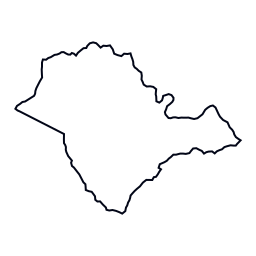 outline of Maurilândia, Goiás, Brazil
{"feature_id": "56859067B99555965012895", "entity_name": "Maurilândia", "entity_type": "district", "adm_level": 2, "iso_a3": "BRA", "parent_name": "Brazil", "parent_adm1": "Goiás", "projection": "albers", "projection_center": [-50.339, -18.044], "detail": "fine", "context": "isolated", "style": "outline", "palette": "ink", "viewbox_px": 256, "rotation_deg": 0, "n_neighbors": 0, "source": "geoboundaries", "source_scale": "gbopen_adm2", "svg_char_len": 2471}
<svg xmlns="http://www.w3.org/2000/svg" viewBox="0 0 256 256"><path d="M240.6,140.3L238.4,138.9L235.9,137.1L234.3,134.5L233.6,132.0L232.2,129.8L229.7,127.3L227.5,122.3L223.1,120.0L220.0,116.7L218.6,114.2L215.5,107.5L212.9,105.5L210.3,106.1L207.6,107.8L205.2,109.8L203.7,112.3L202.5,114.3L200.3,116.0L197.5,118.2L194.1,119.0L191.0,118.3L188.5,117.6L185.1,117.7L181.3,117.6L178.4,118.0L175.5,117.3L173.1,117.4L170.7,118.2L168.5,118.0L166.9,116.1L165.5,114.5L164.9,112.1L166.1,109.4L167.1,106.2L170.0,104.0L172.3,101.9L173.4,100.0L173.5,97.8L171.5,95.1L168.7,94.1L165.7,95.1L163.2,95.9L162.7,98.2L162.0,100.4L159.3,102.6L156.4,101.3L156.3,98.5L156.2,96.4L155.7,94.3L155.9,91.9L156.2,89.2L153.3,86.9L150.2,86.3L146.7,86.5L143.7,84.6L142.7,82.0L141.5,79.5L141.8,75.8L141.3,72.5L138.7,70.8L136.7,68.8L134.7,67.4L133.4,65.0L133.2,61.8L132.4,59.1L131.4,56.5L130.5,53.4L127.5,54.0L124.1,53.7L121.4,56.1L117.6,55.1L114.2,53.7L113.5,51.6L112.8,49.4L110.0,45.4L106.6,46.0L103.3,45.7L100.6,47.6L97.7,44.6L96.2,43.2L93.1,42.4L89.8,43.3L87.3,45.9L86.3,48.0L83.5,48.2L81.0,50.2L77.9,52.8L76.0,55.6L73.9,53.7L71.8,53.0L70.3,54.6L68.1,54.5L65.7,53.3L63.7,52.1L61.4,52.2L59.6,53.5L57.1,54.5L54.5,54.9L50.7,57.2L48.3,58.0L46.1,59.7L42.9,59.5L42.0,62.5L42.0,66.8L41.7,69.3L41.9,74.3L42.1,77.5L39.9,81.2L38.3,84.3L36.3,88.3L35.4,91.0L35.1,93.7L34.1,95.8L25.1,101.5L22.4,102.0L20.2,103.8L17.0,105.9L15.4,108.8L17.6,110.5L19.7,111.4L64.0,134.0L63.9,139.3L64.0,143.2L65.2,145.0L65.9,147.0L65.8,149.8L66.3,151.9L68.2,156.1L69.7,157.9L71.9,160.6L71.1,162.8L72.0,166.0L73.9,167.5L77.7,172.4L79.3,174.4L83.4,182.3L85.4,184.2L85.6,186.5L85.8,190.0L88.8,191.2L91.7,191.8L93.2,193.8L95.0,196.3L95.3,199.8L97.4,201.5L100.1,201.4L102.8,204.5L105.9,207.5L106.5,209.8L109.3,210.5L112.5,210.0L116.1,210.9L119.4,212.2L122.2,213.6L125.3,211.1L126.0,207.5L127.2,205.5L128.1,202.5L129.4,200.3L130.1,198.0L130.6,195.5L132.5,193.3L134.6,191.0L137.0,188.8L140.0,186.3L142.9,182.6L146.3,179.9L152.3,180.0L153.8,177.2L156.0,176.8L157.8,174.3L159.1,172.0L161.0,169.3L158.6,167.8L159.8,164.2L164.4,162.2L166.8,160.8L168.9,158.5L170.7,157.2L173.3,154.7L176.0,154.7L180.2,153.6L183.0,153.6L185.8,153.9L189.4,153.1L190.9,151.1L193.1,148.5L196.3,148.2L199.3,149.8L201.8,150.9L204.0,153.6L206.3,152.2L208.5,151.6L212.1,151.4L214.7,153.4L216.9,151.3L219.6,150.1L222.0,149.3L224.4,147.1L226.8,146.3L230.5,145.3L233.8,145.6L235.8,145.6L237.2,143.8L239.0,142.0L240.6,140.3Z" fill="none" stroke="#020617" stroke-width="2"/></svg>